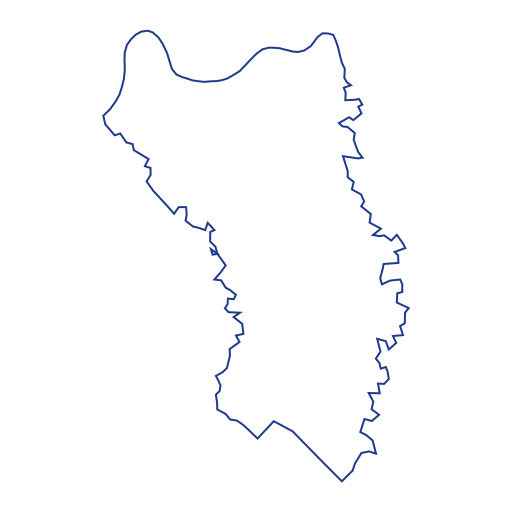 outline of Erval Grande, Rio Grande do Sul, Brazil
{"feature_id": "56859067B56856517935555", "entity_name": "Erval Grande", "entity_type": "district", "adm_level": 2, "iso_a3": "BRA", "parent_name": "Brazil", "parent_adm1": "Rio Grande do Sul", "projection": "mercator", "projection_center": [-52.58, -27.365], "detail": "fine", "context": "isolated", "style": "outline", "palette": "blue", "viewbox_px": 512, "rotation_deg": 0, "n_neighbors": 0, "source": "geoboundaries", "source_scale": "gbopen_adm2", "svg_char_len": 2671}
<svg xmlns="http://www.w3.org/2000/svg" viewBox="0 0 512 512"><path d="M103.3,115.7L105.3,124.4L114.7,135.3L120.2,133.5L126.5,142.5L132.6,144.1L133.8,150.1L148.6,159.1L144.9,166.2L150.5,167.9L150.6,175.0L146.6,181.4L153.0,190.5L167.2,205.9L174.1,213.8L178.7,207.1L186.1,207.1L186.7,214.5L185.6,220.7L193.0,226.5L197.9,227.6L205.2,230.1L207.7,222.8L214.4,230.1L210.2,232.0L210.2,241.6L215.4,246.7L217.4,253.8L225.7,265.4L220.7,272.3L214.4,279.5L221.2,280.4L225.6,287.6L230.4,290.3L235.9,294.8L233.7,299.2L227.9,298.6L227.6,304.2L224.9,308.3L228.6,312.2L240.0,312.7L233.6,317.1L242.2,323.8L243.4,333.9L236.0,335.5L239.5,342.0L229.6,349.1L229.9,356.0L226.9,368.1L222.5,372.2L215.9,375.9L218.2,380.2L220.5,385.5L219.6,391.0L215.9,394.7L217.1,402.8L217.3,409.5L225.7,414.0L230.3,419.6L236.4,420.4L240.4,422.9L244.6,426.2L248.8,430.1L253.9,435.0L257.6,438.5L273.8,421.2L292.7,431.4L323.9,463.3L341.9,481.3L348.7,474.4L352.7,470.5L354.8,463.8L361.3,453.1L368.9,451.4L376.0,453.6L372.6,440.4L366.2,435.1L360.3,432.0L364.5,419.0L371.8,421.0L379.1,414.8L371.6,409.3L373.3,401.6L368.7,393.0L379.7,393.3L378.0,383.6L384.1,383.9L388.8,379.1L387.7,371.9L385.8,367.0L380.8,368.7L379.4,362.9L375.8,358.6L380.5,351.7L377.2,338.8L385.8,341.2L388.8,349.5L396.2,342.9L393.0,336.0L403.0,335.1L400.1,326.1L404.8,323.3L405.0,312.7L408.7,308.1L396.8,302.5L397.3,293.3L402.3,292.0L402.3,284.1L400.1,279.5L390.0,280.6L381.9,284.3L380.2,278.1L382.6,269.4L383.6,264.0L398.4,262.9L398.1,255.3L394.6,251.9L405.3,248.1L403.0,243.5L396.8,234.8L391.3,240.6L384.1,235.3L379.7,236.2L373.0,235.0L380.9,228.7L369.6,222.6L370.8,214.0L361.2,206.3L364.2,201.5L361.0,194.4L351.9,189.4L353.7,181.9L347.7,177.3L347.7,171.1L343.0,156.2L357.9,158.4L362.5,157.7L358.1,151.9L353.7,139.9L354.8,133.0L347.5,127.0L342.6,126.4L338.9,123.1L349.0,117.3L353.4,120.1L361.5,113.4L358.3,106.7L362.3,104.6L359.0,99.0L354.6,99.8L345.3,100.2L345.7,92.9L343.8,87.7L350.9,85.2L346.8,82.2L344.3,77.8L344.8,68.9L341.8,62.5L340.1,56.1L338.2,47.8L335.8,40.7L333.3,34.9L328.4,33.5L322.5,33.3L317.5,37.1L314.3,41.5L310.7,46.2L304.1,50.6L297.7,52.0L292.5,51.5L286.3,49.9L279.5,48.2L274.3,47.8L269.4,47.6L262.7,49.2L257.1,53.2L253.7,56.4L248.8,61.5L243.9,66.7L239.7,71.1L232.5,75.5L227.1,78.6L221.8,80.2L216.6,81.1L210.4,81.3L204.3,81.9L199.1,81.3L193.0,80.5L187.8,78.8L182.3,77.1L176.5,74.6L171.9,68.9L169.1,59.8L167.0,52.9L164.7,48.2L162.4,43.4L158.4,37.4L152.7,32.4L147.8,30.7L141.2,31.6L135.7,34.7L131.2,39.0L126.9,44.9L124.7,52.9L124.5,60.3L124.7,65.4L124.7,70.8L124.0,78.5L121.6,88.0L119.4,94.7L115.8,101.2L110.0,109.3L103.3,115.7ZM217.4,253.8L210.9,249.1L212.6,254.7L217.4,253.8Z" fill="none" stroke="#1e3a8a" stroke-width="2"/></svg>